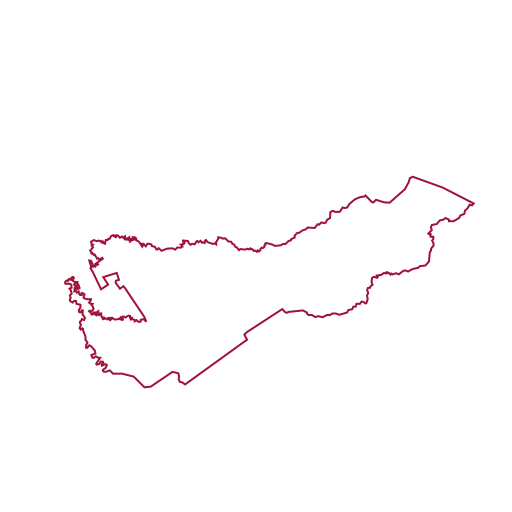 Lules, Tucumán, Argentina (Mercator projection), rotated 134°
{"feature_id": "61730980B17356077685479", "entity_name": "Lules", "entity_type": "district", "adm_level": 2, "iso_a3": "ARG", "parent_name": "Argentina", "parent_adm1": "Tucumán", "projection": "mercator", "projection_center": [-65.336, -26.881], "detail": "fine", "context": "isolated", "style": "outline", "palette": "rose", "viewbox_px": 512, "rotation_deg": 134, "n_neighbors": 0, "source": "geoboundaries", "source_scale": "gbopen_adm2", "svg_char_len": 6149}
<svg xmlns="http://www.w3.org/2000/svg" viewBox="0 0 512 512"><g transform="rotate(134 256 256)"><path d="M132.2,208.7L136.0,208.8L136.7,210.1L136.4,219.3L137.7,219.2L141.3,222.0L146.4,224.2L153.7,225.0L157.8,224.1L159.9,225.5L161.0,227.4L166.0,226.4L169.3,229.7L170.1,232.1L172.7,233.0L177.3,229.1L180.4,230.0L183.6,229.1L184.8,229.6L186.5,232.3L189.7,232.4L190.4,233.8L195.0,233.2L199.7,238.7L201.9,238.6L205.5,240.4L209.2,241.0L210.9,242.4L214.7,242.3L215.8,241.0L219.5,242.4L220.8,241.8L222.4,243.0L226.9,243.1L228.8,245.1L231.0,245.5L235.6,249.4L236.4,252.2L239.5,257.7L240.7,258.0L241.3,257.0L242.7,257.2L243.6,256.3L245.4,256.5L245.9,257.6L247.8,257.7L248.8,256.8L250.7,257.0L250.7,258.6L252.3,258.3L252.5,260.0L253.9,261.0L253.6,262.4L253.9,264.0L254.7,264.4L254.5,265.4L256.2,265.7L256.7,267.2L258.9,268.2L262.0,272.2L263.6,272.3L263.2,275.9L263.8,277.3L263.0,279.5L263.6,281.6L263.0,283.8L264.7,285.8L264.7,290.5L266.6,291.9L266.9,293.4L268.8,296.2L270.0,295.1L273.8,294.3L275.3,292.7L275.5,294.4L277.2,295.2L279.7,300.5L279.2,303.0L280.2,303.4L282.4,302.0L282.9,303.6L284.0,304.1L283.5,306.4L286.2,307.0L285.9,308.6L287.0,309.0L290.1,308.2L291.7,310.5L293.4,310.9L293.5,313.2L292.5,315.4L295.5,319.2L296.4,318.5L295.8,317.2L296.2,316.4L297.6,316.4L299.9,317.9L299.7,316.5L300.3,315.4L301.3,316.1L302.1,315.8L304.7,318.6L307.5,318.5L308.6,321.5L312.5,325.1L317.8,327.5L318.1,331.5L319.9,331.5L320.5,332.2L319.6,335.1L321.2,337.7L320.4,339.3L321.9,342.0L322.7,342.6L325.6,342.0L325.4,345.0L328.3,344.3L327.8,346.7L326.6,346.7L327.4,348.3L327.1,350.7L327.9,353.1L326.6,354.4L326.8,356.6L327.3,356.8L327.4,355.4L328.2,354.8L329.4,355.4L328.1,356.9L328.3,357.6L330.0,355.8L332.1,356.6L330.1,357.1L330.9,358.4L332.5,357.1L332.2,359.6L331.0,360.3L332.5,360.7L333.4,359.6L334.4,361.7L332.8,363.9L334.0,364.1L335.0,362.8L335.0,365.9L337.4,366.5L337.2,369.5L337.8,370.5L339.8,369.9L340.1,371.0L339.0,370.5L338.8,371.2L340.7,373.6L342.6,374.0L345.2,373.2L346.4,374.2L347.6,373.9L348.8,375.2L352.1,373.1L352.5,374.1L352.0,376.0L353.0,375.6L353.5,376.2L352.9,377.8L353.6,377.9L354.1,379.8L355.9,380.8L357.3,383.8L360.4,384.5L361.5,382.8L361.1,381.0L362.8,381.2L363.1,379.2L367.4,379.0L367.7,377.0L368.5,376.4L368.4,375.8L367.5,375.7L367.9,373.3L367.0,373.0L368.3,368.5L367.2,368.1L367.6,366.4L364.1,365.3L364.4,364.3L371.7,365.7L371.8,363.8L372.9,364.0L372.8,365.9L373.4,366.1L375.1,364.5L375.3,365.4L376.5,365.3L377.0,366.1L375.4,367.7L374.1,371.5L375.1,372.8L378.6,366.6L379.8,366.6L380.8,362.4L387.6,344.3L379.3,342.5L377.3,351.2L364.9,344.4L368.4,338.0L371.1,339.6L372.8,338.3L374.0,331.1L369.8,330.4L370.0,328.3L377.4,294.0L379.5,289.2L379.5,292.9L381.9,294.6L383.5,293.4L385.1,294.9L385.1,297.4L387.2,297.9L386.3,298.9L387.1,300.8L388.7,301.9L388.3,302.8L387.4,301.9L386.6,302.4L387.8,304.0L386.6,305.0L387.6,306.4L391.0,307.3L391.4,309.0L392.3,309.8L393.4,309.6L393.8,307.8L394.7,307.5L395.6,309.2L394.4,310.7L396.5,310.8L399.8,313.4L400.3,316.0L403.6,316.4L403.6,317.4L401.5,317.6L403.3,319.3L405.0,319.1L405.8,322.5L407.0,321.6L407.7,322.1L406.7,325.4L404.8,327.5L405.7,328.3L407.6,327.8L408.0,328.4L405.3,331.1L406.9,331.4L409.6,329.9L409.8,331.2L408.5,332.7L409.8,333.7L411.2,332.8L412.3,333.5L411.4,336.0L411.7,337.7L411.0,337.8L410.4,336.5L408.7,335.7L406.8,336.2L405.6,338.5L405.5,340.2L404.0,340.3L405.3,342.2L405.5,343.7L402.2,344.2L401.7,344.9L403.9,346.8L405.8,350.1L405.6,351.4L402.7,352.6L403.0,355.0L404.1,355.7L405.1,354.3L406.2,355.4L406.1,357.2L404.7,359.0L406.7,359.4L406.3,361.4L407.6,362.1L406.7,362.7L405.2,362.4L405.8,363.6L405.0,364.2L403.4,362.4L403.4,361.2L401.5,360.7L400.0,363.9L401.9,364.8L402.7,363.0L403.5,363.1L403.6,364.4L402.6,365.8L403.0,367.0L400.8,367.5L399.6,365.6L398.7,366.4L400.4,368.0L401.1,370.7L400.5,371.8L398.6,371.5L398.0,372.9L399.3,373.7L401.8,372.8L402.2,374.5L404.4,373.9L404.4,374.7L406.3,375.4L408.0,374.7L408.3,373.7L405.7,371.1L405.0,369.7L405.3,368.5L406.9,366.6L409.0,367.5L409.5,364.9L411.2,362.4L413.6,362.6L414.9,360.2L416.8,359.6L417.5,358.6L416.9,355.6L414.7,355.7L413.4,354.3L415.1,351.8L413.0,348.4L415.2,346.4L417.8,346.0L419.2,344.1L418.3,343.0L416.1,343.6L415.5,342.8L418.4,340.3L419.4,335.9L421.5,335.2L422.3,337.4L424.1,336.7L425.4,337.0L426.4,336.3L427.0,334.2L430.4,332.8L430.7,331.0L428.7,330.8L428.6,329.7L429.7,328.6L432.4,322.7L434.7,320.5L435.4,317.0L437.9,316.4L440.0,314.6L439.3,313.6L436.1,313.9L435.5,312.5L435.9,306.4L437.7,303.8L441.6,305.6L442.8,303.0L442.1,302.0L439.5,301.6L438.9,299.1L437.5,297.4L444.3,296.2L444.8,295.6L444.7,294.9L442.6,293.8L439.7,294.4L438.4,292.5L438.9,291.7L441.2,291.8L442.0,290.7L438.3,289.1L437.9,288.3L438.3,287.3L441.3,286.4L443.9,287.1L444.9,286.5L445.0,285.3L443.7,283.6L439.8,281.7L440.0,277.1L433.8,270.8L427.7,260.2L427.9,245.0L423.2,241.0L397.4,235.6L394.3,230.4L396.2,227.5L398.4,226.0L399.5,223.4L398.1,221.1L397.7,217.8L322.4,204.3L320.7,209.7L317.2,209.7L275.9,200.2L276.2,196.6L275.7,194.5L273.7,193.8L262.6,184.5L261.3,180.3L262.0,179.1L262.0,177.1L259.6,174.8L258.8,171.0L256.1,169.5L253.7,165.5L249.8,164.2L248.1,163.2L247.3,161.8L244.6,161.3L242.0,158.8L240.4,155.2L233.4,151.2L230.7,152.0L227.4,149.8L224.8,150.8L223.2,149.1L220.6,150.5L218.3,148.0L215.4,148.4L214.4,146.9L214.2,144.5L213.4,143.8L209.5,145.6L207.2,148.8L204.7,149.5L203.3,152.4L201.3,153.3L199.6,151.9L198.5,152.6L195.7,152.2L194.6,154.6L191.3,157.3L189.2,156.8L187.5,153.7L186.6,153.9L186.9,155.3L186.3,155.7L182.7,152.8L179.3,152.2L178.3,150.4L177.0,150.9L176.4,150.0L176.8,149.3L175.7,148.2L176.0,146.4L174.5,146.3L174.4,145.0L171.1,143.3L170.0,140.5L164.4,139.8L162.4,138.2L161.5,135.8L156.4,134.2L152.0,131.2L149.4,131.0L145.1,127.5L139.7,127.8L132.7,133.5L130.5,133.9L129.1,135.2L125.1,135.5L123.4,137.5L122.6,140.0L120.3,140.4L119.0,141.8L120.9,143.9L119.0,145.6L120.0,146.2L120.2,147.6L115.2,147.6L113.9,150.1L111.6,151.1L107.5,148.2L102.7,148.5L99.8,146.5L97.1,146.1L95.8,142.5L96.9,141.3L93.7,138.0L87.3,136.3L85.0,137.2L81.0,135.4L78.2,137.2L75.2,136.9L70.6,137.9L69.6,135.8L67.0,135.9L77.1,169.2L90.1,198.3L93.1,199.4L96.7,197.5L104.5,195.3L124.8,196.9L128.3,201.0L132.2,208.7Z" fill="none" stroke="#9f1239" stroke-width="2"/></g></svg>